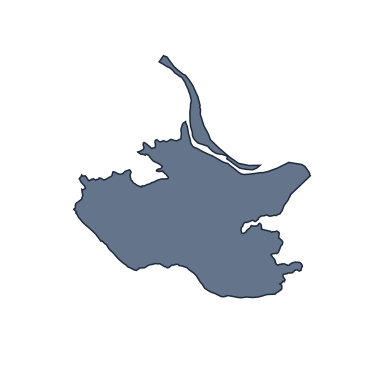 the district of Al-Qusia, Asyut, Egypt, rotated 328°
{"feature_id": "37247803B63984136807861", "entity_name": "Al-Qusia", "entity_type": "district", "adm_level": 2, "iso_a3": "EGY", "parent_name": "Egypt", "parent_adm1": "Asyut", "projection": "mercator", "projection_center": [30.825, 27.426], "detail": "fine", "context": "isolated", "style": "filled", "palette": "slate", "viewbox_px": 384, "rotation_deg": 328, "n_neighbors": 0, "source": "geoboundaries", "source_scale": "gbopen_adm2", "svg_char_len": 6112}
<svg xmlns="http://www.w3.org/2000/svg" viewBox="0 0 384 384"><g transform="rotate(328 192 192)"><path d="M223.9,128.9L221.2,128.9L219.5,129.8L216.2,132.7L215.4,133.6L214.5,135.7L214.1,136.5L211.6,139.9L210.9,141.1L209.1,140.7L206.6,140.7L204.5,139.1L202.0,136.1L198.2,136.1L196.9,135.7L196.5,135.7L195.3,133.5L194.0,133.1L193.2,133.1L191.5,132.7L190.7,131.4L190.2,129.7L189.8,128.9L188.1,128.9L186.9,130.1L186.5,131.8L186.1,132.3L185.2,133.9L184.4,134.4L184.0,134.8L181.9,133.9L181.0,133.9L180.2,131.4L180.2,131.0L179.8,130.1L179.4,128.9L178.9,127.2L177.7,124.6L176.9,124.6L175.6,125.9L174.8,128.9L173.9,129.7L172.7,130.1L170.2,130.1L167.2,129.3L167.2,129.7L168.1,131.4L168.5,132.7L169.7,133.5L170.6,134.3L171.8,136.0L173.1,135.6L174.3,137.3L174.8,138.6L174.8,140.7L175.2,143.2L175.2,143.7L175.6,145.3L178.1,149.2L179.4,151.7L179.8,153.0L180.2,153.8L180.2,154.7L179.8,154.7L179.4,155.1L178.5,155.5L177.3,155.5L175.6,154.6L175.2,155.1L173.9,154.6L173.1,155.1L173.1,155.5L174.3,156.8L175.6,157.6L176.4,158.0L178.1,158.5L178.1,159.3L178.5,160.6L178.9,162.3L179.4,163.1L179.4,164.8L179.8,166.5L179.8,166.9L178.9,167.8L177.3,167.3L174.3,165.6L173.1,164.8L168.5,163.5L165.1,163.5L163.0,162.7L160.5,162.7L157.6,161.8L156.3,161.8L154.3,161.4L153.4,160.5L151.7,160.5L151.3,159.7L151.3,160.5L149.2,157.6L147.1,152.9L147.1,150.8L146.7,149.5L148.0,145.7L149.2,144.0L149.6,144.0L150.9,142.8L150.9,140.2L149.6,139.8L146.3,139.0L145.0,139.4L144.2,139.4L143.4,139.8L141.7,139.4L140.4,139.0L138.3,136.4L137.5,134.7L135.8,133.0L134.2,134.3L132.9,135.6L131.2,136.0L129.1,135.6L125.0,135.6L123.3,134.7L122.4,132.6L120.8,130.9L119.9,131.3L119.5,131.7L117.8,130.9L116.6,130.9L115.3,128.4L114.5,128.4L113.6,127.9L113.2,128.4L112.0,127.9L110.7,127.9L110.3,127.5L110.3,122.9L109.9,121.6L109.0,121.2L107.8,120.7L107.4,119.0L106.1,120.3L105.3,120.3L103.4,121.0L103.6,121.6L103.2,123.3L103.2,125.8L103.6,127.1L103.6,127.9L104.0,129.6L104.0,131.7L103.2,132.2L103.2,132.6L102.3,132.6L101.1,132.2L100.3,132.6L100.0,131.5L99.2,132.9L98.8,133.7L98.3,135.0L98.3,135.4L97.5,137.1L97.1,137.5L95.8,138.4L94.6,139.6L89.6,140.1L88.3,140.1L87.0,140.5L85.8,141.8L84.5,143.9L82.9,143.9L82.5,144.0L83.5,147.8L82.3,148.2L82.7,150.3L82.3,153.7L82.7,155.0L83.1,159.2L84.4,163.9L86.1,169.3L88.1,177.0L88.2,179.1L88.6,183.3L88.6,185.4L89.0,185.4L90.2,186.7L90.2,187.5L90.7,189.6L91.5,191.3L91.5,196.0L91.9,198.5L92.8,201.1L94.0,209.1L94.9,212.5L96.5,217.1L97.4,218.8L97.8,221.3L99.9,224.3L101.6,227.3L103.2,229.0L106.2,229.0L107.0,228.5L111.6,231.1L117.0,231.1L120.0,232.4L122.9,233.2L125.0,234.9L126.7,235.7L129.2,240.8L130.0,241.2L130.9,243.3L132.5,243.8L132.9,243.8L134.6,243.4L136.3,243.4L137.5,244.2L138.8,244.6L139.6,244.6L141.1,245.4L141.7,245.9L142.1,247.6L144.7,249.7L145.9,251.4L146.3,251.8L147.6,253.5L148.4,256.5L149.7,259.8L150.5,261.5L151.3,265.3L151.3,272.9L151.8,275.9L151.8,280.5L154.7,286.5L158.0,290.7L161.4,296.2L163.1,297.5L165.1,298.3L167.2,298.7L169.3,300.4L173.5,304.2L174.3,305.1L176.4,306.8L178.1,308.0L182.3,309.7L187.3,313.5L192.5,316.1L196.1,317.3L201.1,318.6L207.8,322.4L208.1,322.7L210.3,322.2L211.4,322.2L213.0,322.3L213.6,322.0L214.6,322.3L215.8,322.1L216.9,321.6L218.7,318.8L217.8,316.5L220.3,316.7L221.7,315.8L222.6,317.0L224.4,315.8L224.4,315.3L224.4,311.5L225.1,310.8L226.2,310.2L228.0,311.1L229.1,311.5L230.0,311.7L230.5,311.5L232.3,312.7L233.9,313.6L235.9,313.5L237.5,312.8L238.7,313.2L239.6,313.6L240.4,314.4L240.9,315.8L242.1,316.1L242.9,316.2L244.6,314.5L246.2,313.6L246.6,312.4L246.6,310.3L245.8,308.6L245.0,308.1L244.6,307.7L243.3,306.9L242.1,306.0L239.5,305.2L236.6,305.2L235.4,305.6L234.1,304.7L234.1,304.3L233.3,303.5L232.9,302.6L231.6,301.4L229.9,300.5L229.1,300.5L227.8,299.7L226.2,299.7L225.3,298.0L225.3,295.4L225.8,295.4L226.2,293.8L226.2,292.1L225.8,290.4L225.8,287.0L227.4,287.0L229.1,287.8L230.4,288.3L231.2,289.1L232.9,289.1L236.6,286.6L239.1,284.5L240.4,284.5L241.6,283.6L242.5,282.4L242.5,280.7L241.6,277.7L241.6,277.3L241.2,276.9L242.1,275.6L242.5,274.8L243.3,274.4L243.7,273.5L244.2,273.1L244.2,271.8L243.7,271.4L243.7,270.9L243.3,270.1L241.7,269.7L239.1,268.4L238.3,268.4L237.5,266.7L231.2,260.4L231.6,259.5L232.0,259.5L232.5,257.9L232.9,257.4L233.3,256.2L233.3,255.7L232.9,254.5L231.2,254.5L230.0,255.3L228.7,254.9L227.0,254.0L226.6,254.0L224.5,251.9L222.0,253.2L220.3,253.2L219.1,253.6L217.8,253.6L217.0,254.5L213.6,254.4L212.4,253.2L212.4,252.7L212.8,251.9L213.2,250.6L214.1,249.4L215.3,248.1L216.6,248.1L217.4,247.3L218.2,246.8L219.5,246.0L221.2,246.0L222.4,246.9L225.8,247.7L227.1,247.7L228.3,248.1L229.1,249.0L229.5,250.2L230.4,250.7L233.3,250.3L233.7,250.3L234.6,249.4L237.5,249.0L238.7,249.4L240.4,250.3L243.3,251.1L244.6,253.2L245.0,253.7L247.9,254.9L249.6,255.4L250.9,256.6L252.9,256.6L255.0,257.1L257.1,256.2L258.8,255.4L262.1,252.8L263.4,252.0L269.7,249.5L271.3,248.2L272.8,247.6L273.9,246.5L301.0,240.9L300.9,239.5L301.5,238.9L301.7,238.1L301.7,236.6L301.3,230.1L299.7,226.9L289.8,218.2L277.3,217.0L268.1,215.1L263.1,213.5L259.8,211.6L252.4,208.4L245.8,205.0L243.9,203.4L243.1,202.4L241.6,199.0L240.1,194.1L238.4,190.0L237.5,186.8L236.1,185.4L234.1,182.9L228.2,171.7L226.0,168.9L222.1,162.8L219.6,158.0L217.6,155.5L216.8,153.8L216.8,151.9L216.9,149.9L218.3,146.4L219.8,141.1L221.1,137.9L222.7,133.8L223.4,129.9L223.9,128.9ZM263.8,205.4L254.3,199.7L246.5,192.2L242.1,181.7L238.2,169.2L235.3,157.5L236.6,151.3L237.1,142.4L240.1,130.8L240.9,129.4L243.0,126.4L243.6,123.8L244.6,123.2L247.4,114.5L249.1,101.8L248.9,95.5L248.3,89.7L246.7,87.1L244.4,80.6L243.2,76.0L242.5,68.3L242.4,64.4L240.0,61.3L233.1,64.2L235.4,68.5L236.8,71.6L239.0,75.1L240.2,78.7L240.5,81.8L241.9,84.8L242.6,86.9L244.1,89.7L244.2,95.3L243.6,98.4L243.3,102.2L242.6,105.0L241.8,108.8L239.8,114.3L237.4,116.6L235.4,119.6L232.7,122.9L227.6,131.3L225.3,136.4L223.8,141.8L222.3,144.3L221.9,146.8L221.9,149.2L223.0,153.6L227.0,158.3L229.6,161.5L230.1,164.6L231.1,168.5L233.1,172.3L235.5,174.5L237.7,176.3L239.3,178.2L240.7,180.2L240.4,181.3L239.1,182.3L240.6,185.7L242.5,191.0L244.9,196.6L246.5,198.5L249.9,201.4L252.7,203.5L255.5,205.4L259.5,206.0L263.8,205.4Z" fill="#64748b" stroke="#1e293b" stroke-width="1.5"/></g></svg>